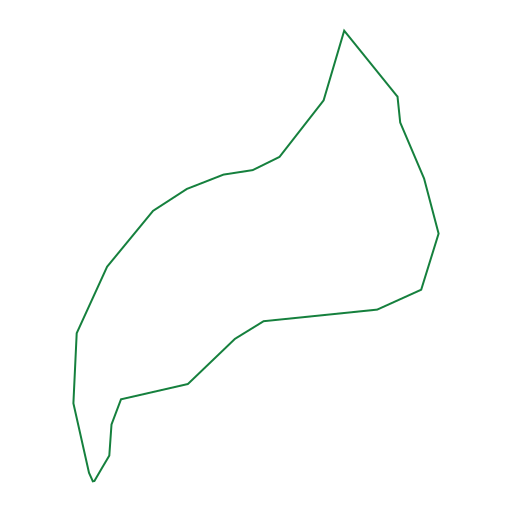 an SVG outline of Bukwa
{"feature_id": "UGA-3113", "entity_name": "Bukwa", "entity_type": "County", "adm_level": 1, "iso_a3": "UGA", "parent_name": "Uganda", "parent_adm1": "", "projection": "orthographic", "projection_center": [34.655, 1.256], "detail": "fine", "context": "isolated", "style": "outline", "palette": "green", "viewbox_px": 512, "rotation_deg": 0, "n_neighbors": 0, "source": "natural_earth", "source_scale": "10m", "svg_char_len": 466}
<svg xmlns="http://www.w3.org/2000/svg" viewBox="0 0 512 512"><path d="M102.2,467.6L94.4,481.0L92.8,481.3L92.7,481.0L89.0,472.8L73.4,403.3L76.7,333.2L107.1,266.7L153.1,210.8L186.9,188.9L223.5,174.6L252.7,170.1L279.5,156.9L323.6,100.4L344.2,30.7L396.7,95.7L397.5,96.5L400.2,122.5L424.1,178.6L438.6,233.6L421.2,289.7L377.2,309.6L263.6,321.2L235.0,338.8L187.9,384.0L121.0,399.3L111.5,424.5L109.3,455.6L102.2,467.6Z" fill="none" stroke="#15803d" stroke-width="2"/></svg>